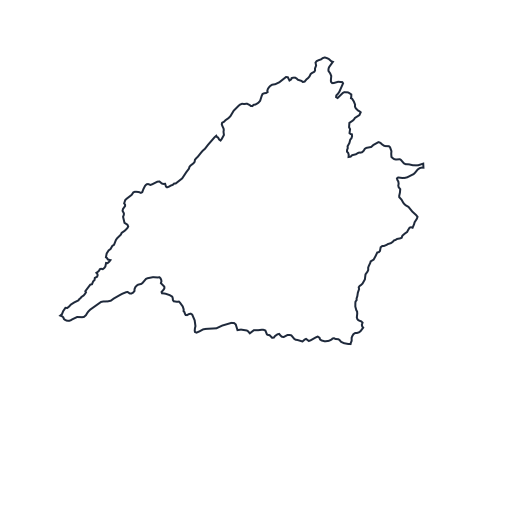 the district of Rio Pardo de Minas, Minas Gerais, Brazil, rotated 49°
{"feature_id": "56859067B77231860694745", "entity_name": "Rio Pardo de Minas", "entity_type": "district", "adm_level": 2, "iso_a3": "BRA", "parent_name": "Brazil", "parent_adm1": "Minas Gerais", "projection": "natural_earth1", "projection_center": [-42.565, -15.774], "detail": "fine", "context": "isolated", "style": "outline", "palette": "slate", "viewbox_px": 512, "rotation_deg": 49, "n_neighbors": 0, "source": "geoboundaries", "source_scale": "gbopen_adm2", "svg_char_len": 6060}
<svg xmlns="http://www.w3.org/2000/svg" viewBox="0 0 512 512"><g transform="rotate(49 256 256)"><path d="M250.2,346.9L251.4,346.8L252.9,347.5L254.4,347.8L255.4,346.8L255.8,344.8L256.7,343.1L258.4,342.6L264.3,344.5L269.2,347.7L270.5,349.5L272.1,351.2L273.3,351.9L274.8,351.2L275.8,348.1L276.7,344.0L278.1,341.7L284.6,333.3L286.4,327.0L287.7,324.2L290.3,318.5L292.3,316.5L294.4,316.2L299.8,318.6L301.7,315.6L306.2,311.8L307.5,311.4L310.3,311.4L310.6,306.3L313.6,302.8L315.6,299.8L316.7,298.7L318.4,297.8L322.3,299.2L323.6,298.7L324.6,297.7L328.3,297.5L329.3,296.0L328.9,294.3L329.0,292.9L329.2,291.2L330.0,289.6L331.8,289.7L333.8,289.5L335.3,288.3L336.3,284.0L337.7,282.4L339.1,281.4L343.7,281.5L345.2,281.0L346.6,279.8L351.0,277.0L351.0,274.1L351.4,272.6L354.8,271.9L355.5,270.0L356.6,264.5L357.3,262.3L359.4,261.7L361.0,262.4L362.8,261.9L365.6,260.0L367.7,256.9L368.2,255.4L368.6,253.8L368.5,252.4L369.2,251.1L370.7,250.5L372.8,248.5L374.0,248.1L376.6,248.1L379.5,246.8L382.8,244.2L384.5,242.4L383.7,241.3L382.8,239.5L380.4,237.4L379.5,235.6L378.9,233.7L379.2,231.7L380.4,230.2L381.2,228.3L381.3,226.3L380.4,222.1L379.0,222.1L377.4,221.3L376.2,219.3L374.3,219.5L372.9,220.3L371.5,220.9L370.1,220.9L368.5,220.2L365.9,217.4L364.2,216.1L362.8,215.9L359.3,214.2L356.6,211.8L355.7,210.8L355.3,209.0L354.0,207.9L352.8,205.9L350.5,203.2L348.6,199.9L347.0,199.0L346.6,197.4L346.8,195.7L346.7,193.7L345.1,189.2L341.7,185.4L340.9,182.0L340.1,180.4L338.4,179.0L337.5,177.4L336.1,174.2L335.3,173.0L335.9,169.6L334.5,165.8L332.9,162.2L333.7,160.7L333.5,159.1L331.2,156.2L331.3,154.2L332.4,152.8L333.3,150.1L333.5,148.7L334.8,145.7L335.0,143.5L334.8,141.5L335.4,140.3L335.7,138.3L337.2,135.8L337.8,134.1L336.7,132.2L336.7,129.1L337.0,126.1L336.3,124.5L335.4,121.5L336.0,120.1L337.4,119.3L335.7,115.8L334.6,114.2L333.4,110.1L332.4,108.4L330.2,108.3L325.0,108.9L319.0,108.7L315.8,109.8L313.7,110.0L312.3,109.9L308.9,109.2L305.6,109.3L304.5,108.4L302.6,105.8L300.2,103.3L297.7,103.2L296.2,102.4L295.0,100.9L293.1,99.7L291.3,99.4L289.9,98.7L290.0,97.2L293.1,94.4L294.6,92.6L295.8,90.3L297.6,83.2L297.5,81.4L296.8,77.2L297.1,74.7L297.9,73.1L299.2,71.7L296.0,69.2L293.9,74.1L292.6,75.7L290.4,78.1L287.2,80.4L284.8,82.9L283.1,83.6L278.5,83.6L277.3,84.0L275.0,87.1L273.5,88.2L271.8,88.6L270.1,88.8L267.6,86.9L265.7,85.0L261.9,83.5L260.3,83.7L258.1,86.1L256.9,87.0L254.2,87.7L252.7,87.8L251.5,88.2L250.4,88.9L249.2,94.6L249.3,97.5L246.8,101.8L246.5,103.6L247.2,105.6L247.3,107.8L246.5,109.4L245.6,110.3L245.1,111.7L244.8,113.8L243.0,117.3L243.1,119.4L242.0,121.2L240.4,119.6L238.6,118.8L237.0,118.9L235.7,117.7L234.8,116.0L233.3,114.9L232.0,111.4L230.0,108.5L229.8,106.8L228.7,105.0L227.1,103.8L226.0,104.6L224.6,104.8L222.0,101.8L219.9,101.3L216.8,98.2L217.3,94.2L217.2,92.4L216.7,90.8L217.5,85.5L216.2,82.7L214.6,83.0L213.0,83.6L210.0,83.8L208.2,83.3L206.7,81.9L203.6,80.8L200.4,80.3L199.2,80.8L198.1,79.4L196.6,78.1L194.0,78.8L192.8,79.3L190.3,81.9L189.9,83.5L190.3,90.8L188.6,91.3L187.5,90.0L187.3,87.6L186.7,85.3L182.8,77.0L181.4,76.8L178.4,79.7L176.5,83.8L175.5,85.1L173.7,85.1L172.5,84.2L169.5,81.1L166.8,80.2L163.9,79.9L162.8,79.0L161.9,77.9L161.3,76.6L159.9,70.6L158.5,71.4L155.1,71.8L153.5,72.5L151.3,73.8L150.4,75.9L150.3,77.9L149.3,80.3L148.7,82.4L149.1,84.2L151.7,85.7L153.2,88.5L154.7,89.7L155.2,91.1L154.6,93.8L154.5,95.3L155.6,97.9L155.9,100.1L155.8,102.0L156.3,104.9L155.4,106.5L153.7,106.8L150.4,108.8L148.7,108.9L147.0,109.5L145.8,111.0L145.1,112.4L145.8,113.6L145.5,115.6L142.0,114.7L140.6,115.9L140.2,124.4L139.0,128.7L137.3,131.5L137.0,133.7L137.2,135.6L137.7,137.4L138.6,138.9L139.9,139.7L139.6,141.5L138.6,143.0L138.0,144.7L138.8,146.5L141.6,151.1L141.9,153.6L141.7,155.1L141.3,157.1L140.3,158.7L140.5,160.3L139.4,161.5L138.0,161.7L135.1,162.9L133.5,165.3L132.0,166.6L131.3,168.6L131.2,170.4L131.7,177.5L133.7,183.6L133.9,186.4L133.5,189.9L133.7,192.1L133.2,194.1L134.1,195.4L135.5,196.0L138.6,196.9L139.8,197.7L140.9,199.0L143.6,200.8L145.2,205.1L145.6,207.0L143.9,207.4L141.8,206.9L140.4,207.4L139.2,207.1L139.2,209.4L140.6,219.2L141.6,224.2L141.6,227.1L141.9,229.3L142.9,234.8L143.0,236.9L143.3,238.9L144.7,240.6L145.0,242.4L144.8,246.1L145.1,247.8L146.1,249.3L147.0,253.6L149.0,260.8L148.6,269.0L147.6,270.3L147.7,272.2L147.0,273.9L146.5,276.4L145.8,278.1L144.5,278.4L141.9,277.2L140.9,278.6L139.5,279.5L136.4,280.0L135.2,281.7L133.8,287.2L133.1,289.1L131.2,290.0L130.3,291.0L130.1,292.4L130.3,293.8L131.6,297.0L133.2,300.0L132.8,301.5L131.0,302.4L129.0,304.2L128.0,305.4L127.5,306.8L128.3,309.8L127.9,316.1L128.0,318.0L129.8,321.0L131.3,321.1L132.4,322.0L133.2,325.5L134.4,327.1L137.1,327.7L138.2,328.7L139.2,330.6L144.7,333.5L148.0,332.5L149.9,333.1L150.5,334.6L150.7,336.5L150.8,338.6L150.4,342.2L151.2,344.0L151.5,349.2L152.0,351.2L154.4,355.8L154.1,357.8L155.3,361.2L155.1,363.5L156.1,367.0L158.5,370.1L159.8,369.8L161.4,370.1L163.6,368.6L164.0,370.5L164.0,372.8L162.9,373.7L165.1,376.6L165.5,378.3L165.4,380.3L164.0,381.3L163.5,382.6L164.1,383.9L164.2,385.7L164.0,387.5L165.4,387.5L166.5,388.0L167.4,389.5L166.8,392.0L168.2,393.6L168.3,395.5L169.7,398.3L168.9,399.9L170.6,407.9L171.8,408.1L172.3,409.6L172.7,411.9L172.4,414.6L172.7,416.2L172.6,417.8L173.0,419.1L171.8,423.6L171.2,427.6L171.5,430.2L171.4,432.6L170.1,433.8L171.1,437.7L172.6,440.6L172.6,442.8L174.6,441.8L176.0,441.7L177.5,442.3L179.0,442.0L180.7,441.2L182.3,439.6L183.0,437.9L183.2,436.4L184.7,431.0L188.1,427.4L189.1,425.8L189.1,423.1L188.4,421.1L187.9,419.0L187.7,416.3L189.0,403.1L190.2,401.0L192.9,397.8L194.5,394.9L194.8,391.2L196.3,383.7L196.8,381.6L198.1,377.8L198.9,376.5L201.4,375.9L202.5,374.8L203.0,372.9L202.7,370.7L201.3,369.4L200.3,367.4L200.1,365.3L200.3,363.8L201.8,360.9L201.9,359.4L201.1,354.1L201.6,352.5L204.4,347.6L207.7,344.3L208.7,342.8L210.1,342.7L211.6,343.1L213.0,343.9L214.1,345.6L218.9,345.3L220.1,346.1L220.7,347.4L221.2,350.9L222.5,351.4L223.9,350.0L225.3,348.9L228.9,346.8L231.7,345.9L233.2,346.5L234.7,347.6L236.2,347.8L238.8,345.6L239.8,344.1L241.5,344.0L246.0,344.4L248.8,345.6L250.2,346.9Z" fill="none" stroke="#1e293b" stroke-width="2"/></g></svg>